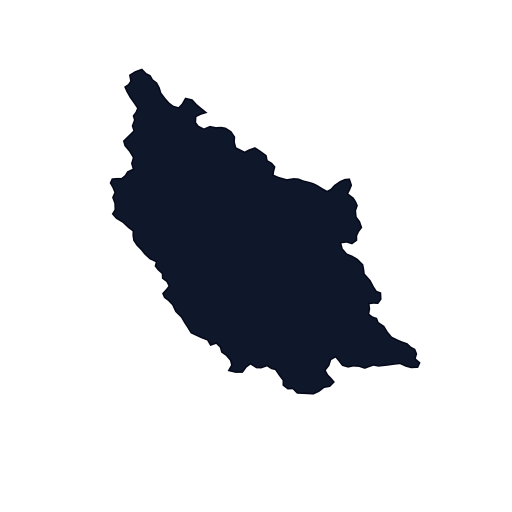 São José do Calçado, Espírito Santo, Brazil (orthographic projection), rotated 117°
{"feature_id": "56859067B24817345610038", "entity_name": "São José do Calçado", "entity_type": "district", "adm_level": 2, "iso_a3": "BRA", "parent_name": "Brazil", "parent_adm1": "Espírito Santo", "projection": "orthographic", "projection_center": [-41.661, -20.976], "detail": "fine", "context": "isolated", "style": "filled", "palette": "ink", "viewbox_px": 512, "rotation_deg": 117, "n_neighbors": 0, "source": "geoboundaries", "source_scale": "gbopen_adm2", "svg_char_len": 2758}
<svg xmlns="http://www.w3.org/2000/svg" viewBox="0 0 512 512"><g transform="rotate(117 256 256)"><path d="M289.3,83.5L286.3,78.8L286.0,72.3L284.9,67.1L281.7,61.5L276.9,61.7L275.4,67.7L270.4,68.6L267.2,72.2L267.1,76.8L265.7,81.6L266.4,86.5L266.8,91.1L266.9,98.4L264.2,104.7L260.8,110.1L259.9,117.1L257.0,120.3L257.6,124.6L256.8,129.3L251.6,130.9L247.2,133.9L244.5,129.9L242.8,126.0L237.8,125.2L232.4,128.3L233.0,132.7L230.4,137.3L226.2,143.3L223.0,151.5L219.0,154.2L215.4,157.0L213.0,164.6L212.7,170.4L213.2,176.2L210.6,182.5L205.8,186.7L202.3,181.6L201.4,176.2L196.3,173.6L192.3,175.7L187.8,175.9L182.7,175.0L178.5,179.4L175.9,184.6L170.4,188.1L165.2,188.8L162.6,191.9L160.4,195.6L159.1,202.8L154.5,202.8L149.7,203.2L145.2,207.7L147.5,211.4L151.5,214.7L157.6,218.0L162.8,219.4L166.3,222.0L166.1,227.6L165.6,233.8L165.7,238.1L166.5,242.4L167.8,247.8L168.3,253.2L170.2,257.6L174.2,263.1L175.9,271.6L176.3,277.6L172.4,278.9L168.2,279.8L166.4,284.1L166.1,289.4L162.0,292.7L160.9,299.8L160.2,306.0L164.9,310.4L168.8,313.2L168.8,318.6L168.9,323.2L164.4,327.2L159.8,329.2L156.7,334.8L156.1,341.3L157.4,345.5L160.0,349.9L161.6,355.7L166.7,360.0L166.7,366.5L164.6,370.6L159.1,373.0L154.6,369.6L150.9,365.7L149.5,372.4L148.3,377.7L146.0,383.8L147.6,390.3L154.2,390.6L159.2,392.1L160.3,397.8L159.4,402.9L157.2,408.5L154.1,414.9L150.2,418.6L147.0,423.2L146.1,428.3L143.5,432.2L143.5,436.8L141.6,442.4L146.6,447.1L152.2,450.5L157.0,446.8L161.2,447.3L164.9,449.4L168.1,445.4L171.6,440.1L174.8,434.0L177.9,428.4L182.2,428.0L186.8,428.8L189.9,425.8L196.2,425.1L199.9,421.4L213.6,426.0L217.1,422.8L220.0,416.0L223.9,409.8L229.9,408.7L234.3,404.6L239.3,408.5L243.9,408.9L248.1,410.8L250.2,415.0L252.7,419.0L257.0,418.8L259.6,414.8L263.3,410.4L268.8,410.1L273.1,405.5L278.7,402.4L283.6,402.8L285.7,397.5L286.2,390.0L288.4,382.4L289.4,376.7L293.3,374.9L297.5,371.9L300.4,366.7L302.3,360.9L304.5,356.2L306.5,349.2L306.3,342.0L310.6,341.1L312.6,336.9L314.1,331.4L318.2,329.1L319.1,323.8L322.2,319.6L326.7,320.5L331.7,321.9L334.4,318.6L335.2,313.8L337.2,308.1L341.8,302.2L344.2,294.6L347.7,289.2L350.3,284.6L353.8,278.9L353.6,272.6L353.4,267.3L352.7,261.0L356.0,256.0L351.6,251.8L353.4,246.2L357.1,242.9L357.9,237.4L360.4,231.3L364.2,228.0L370.4,228.3L368.7,221.3L365.6,215.4L359.3,214.4L354.5,212.0L355.2,204.9L353.2,200.7L348.6,196.3L349.2,191.3L348.2,187.1L351.7,180.7L354.3,175.3L358.7,173.1L359.8,167.3L357.3,162.9L359.3,157.0L356.9,151.7L354.8,147.0L352.8,142.4L348.0,138.6L342.1,135.8L338.6,131.2L332.9,129.4L331.0,133.9L329.6,138.2L326.5,142.7L320.5,141.5L314.4,142.5L309.6,139.3L311.5,134.8L314.1,129.3L313.0,123.6L309.8,119.6L307.4,114.2L306.5,108.2L303.1,105.1L299.8,101.9L298.4,97.0L293.5,89.5L289.3,83.5Z" fill="#0f172a" stroke="#020617" stroke-width="1.5"/></g></svg>